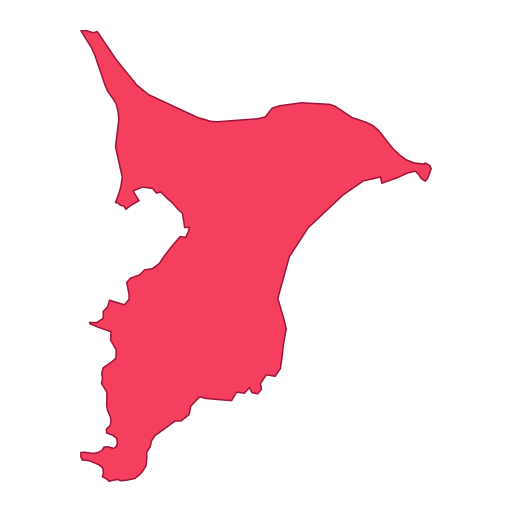 map outline of Chiba (Mercator projection)
{"feature_id": "JPN-1855", "entity_name": "Chiba", "entity_type": "Prefecture", "adm_level": 1, "iso_a3": "JPN", "parent_name": "Japan", "parent_adm1": "", "projection": "mercator", "projection_center": [140.102, 35.49], "detail": "fine", "context": "isolated", "style": "filled", "palette": "rose", "viewbox_px": 512, "rotation_deg": 0, "n_neighbors": 0, "source": "natural_earth", "source_scale": "10m", "svg_char_len": 2177}
<svg xmlns="http://www.w3.org/2000/svg" viewBox="0 0 512 512"><path d="M425.0,163.0L426.7,163.7L429.6,165.4L431.2,168.7L427.9,177.8L425.3,181.2L421.1,178.4L419.0,174.9L415.3,171.2L407.5,173.0L397.4,177.7L381.9,183.2L380.5,177.0L363.3,180.9L343.1,194.9L308.1,227.8L289.4,256.6L277.8,298.4L283.7,318.3L286.2,328.8L283.4,344.7L281.8,358.9L280.3,368.6L275.2,376.3L266.3,374.8L260.5,383.4L261.5,389.3L257.6,393.8L252.1,392.7L249.3,387.6L244.5,393.2L236.5,392.2L231.6,400.6L220.0,399.7L206.1,398.5L199.6,396.8L190.7,406.3L189.1,414.6L181.3,420.8L175.1,421.0L164.4,428.8L155.0,435.6L151.7,440.5L150.0,447.1L146.6,452.5L146.8,458.8L146.0,465.8L143.0,470.7L140.1,474.2L134.9,478.5L127.0,480.1L121.4,480.8L117.6,479.5L113.0,480.3L109.0,481.3L107.5,479.5L102.4,476.7L103.4,473.2L102.8,468.0L99.0,464.8L89.0,460.7L82.2,459.9L80.8,456.7L80.9,452.5L84.8,452.3L90.5,453.1L93.9,453.4L98.3,452.4L102.0,450.4L104.0,447.1L108.1,446.8L113.8,448.4L116.0,446.9L117.4,443.6L116.7,438.3L113.0,435.4L106.7,433.0L106.4,429.1L110.0,425.6L111.0,421.3L110.4,417.0L107.4,409.8L106.7,405.6L106.9,392.0L101.5,383.5L102.5,378.5L101.7,373.0L103.3,367.7L111.8,361.8L115.9,358.2L116.2,349.8L110.6,340.1L111.0,331.7L98.1,327.2L90.1,323.9L89.7,322.4L96.3,322.7L103.1,318.5L103.3,311.4L107.7,306.7L109.5,300.2L124.4,304.8L129.1,299.3L129.0,294.1L126.7,282.4L130.7,278.0L139.4,275.0L144.9,269.7L152.3,268.8L159.6,263.2L164.0,256.4L170.7,247.7L180.1,236.6L185.8,237.4L188.2,231.9L189.5,227.4L184.6,227.5L183.6,220.3L182.5,213.4L177.6,208.9L172.6,203.0L168.0,199.1L160.6,191.9L156.5,193.1L152.7,188.5L142.4,187.0L133.1,191.1L139.0,200.7L130.5,205.6L125.8,209.3L123.9,206.0L120.3,205.2L117.6,202.8L115.6,202.5L119.5,191.5L120.8,186.7L122.3,177.4L115.5,146.6L118.9,118.9L118.0,111.6L116.3,104.2L113.6,99.6L107.6,91.1L105.1,85.3L94.5,54.2L91.2,47.3L81.0,30.9L86.8,30.7L93.0,32.7L97.3,31.6L116.1,59.5L136.8,85.1L148.3,94.5L197.4,117.4L210.6,121.3L216.8,121.8L257.2,118.8L265.2,117.0L272.1,108.2L279.9,105.7L301.2,102.8L329.2,104.3L334.9,106.1L352.3,117.7L366.3,122.3L373.1,125.7L378.8,130.7L392.6,148.2L399.3,154.8L406.2,159.8L414.2,163.0L424.3,164.1L425.0,163.0Z" fill="#f43f5e" stroke="#9f1239" stroke-width="1.5"/></svg>